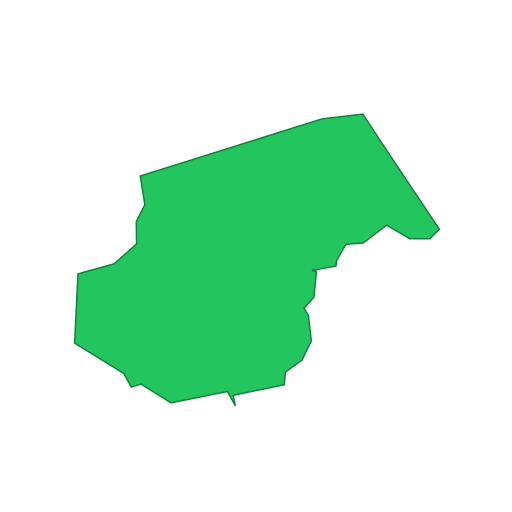 the district of Hall, Georgia, United States of America, rotated 211°
{"feature_id": "52423323B32051249133374", "entity_name": "Hall", "entity_type": "district", "adm_level": 2, "iso_a3": "USA", "parent_name": "United States of America", "parent_adm1": "Georgia", "projection": "equal_earth", "projection_center": [-83.865, 34.306], "detail": "fine", "context": "isolated", "style": "filled", "palette": "green", "viewbox_px": 512, "rotation_deg": 211, "n_neighbors": 0, "source": "geoboundaries", "source_scale": "gbopen_adm2", "svg_char_len": 658}
<svg xmlns="http://www.w3.org/2000/svg" viewBox="0 0 512 512"><g transform="rotate(211 256 256)"><path d="M112.6,373.4L169.7,400.3L207.7,418.3L223.4,425.9L237.5,432.6L269.8,407.8L298.2,375.8L309.6,362.9L347.6,320.0L371.2,293.4L396.4,265.0L377.7,242.7L376.3,223.8L364.6,204.8L373.6,176.2L399.4,149.0L366.6,87.9L308.8,87.2L295.4,79.4L288.5,87.0L253.3,86.3L210.7,125.1L196.6,117.0L203.8,124.9L165.4,160.3L171.0,171.6L163.0,190.4L164.9,211.8L180.5,232.0L187.9,236.1L185.1,250.5L196.2,273.8L200.6,272.5L182.3,288.6L184.6,293.6L184.9,312.4L170.9,322.3L159.9,349.7L133.2,350.0L115.9,360.3L112.6,373.4Z" fill="#22c55e" stroke="#15803d" stroke-width="1.5"/></g></svg>